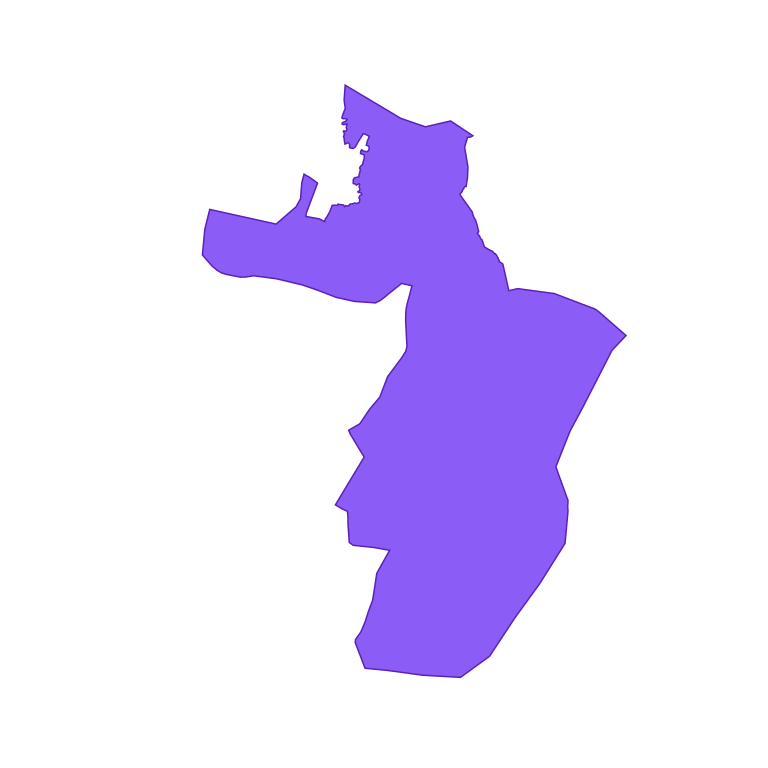 Jega, Kebbi, Nigeria (orthographic projection), rotated 24°
{"feature_id": "59680162B13498430232382", "entity_name": "Jega", "entity_type": "district", "adm_level": 2, "iso_a3": "NGA", "parent_name": "Nigeria", "parent_adm1": "Kebbi", "projection": "orthographic", "projection_center": [4.336, 12.103], "detail": "fine", "context": "isolated", "style": "filled", "palette": "violet", "viewbox_px": 768, "rotation_deg": 24, "n_neighbors": 0, "source": "geoboundaries", "source_scale": "gbopen_adm2", "svg_char_len": 3818}
<svg xmlns="http://www.w3.org/2000/svg" viewBox="0 0 768 768"><g transform="rotate(24 384 384)"><path d="M614.2,455.9L603.9,425.6L601.5,420.9L600.5,418.1L599.5,415.6L574.7,389.8L573.1,351.5L575.0,326.2L578.6,260.5L585.4,241.3L550.4,230.5L546.5,229.7L546.4,229.7L502.8,232.1L467.3,242.5L460.1,248.0L443.8,226.1L443.0,225.9L442.0,225.7L440.4,225.5L439.7,225.5L439.2,224.6L437.4,223.1L437.0,222.4L436.1,222.1L435.5,221.4L434.6,220.7L433.5,220.1L432.7,220.1L432.5,219.7L431.5,219.9L429.4,218.7L424.9,218.5L420.0,218.0L419.0,216.9L414.8,212.3L414.3,212.2L414.1,212.2L413.8,212.1L413.6,212.0L413.3,211.9L413.0,211.7L412.7,211.5L412.5,211.4L412.3,211.1L412.0,210.7L411.7,210.5L411.2,210.1L409.0,208.8L407.9,208.2L408.5,206.6L408.6,206.4L408.0,205.4L407.5,205.0L404.2,200.7L400.8,196.9L398.3,195.1L396.8,193.7L394.6,190.9L377.0,180.5L376.5,180.1L376.1,179.4L376.5,178.3L377.0,177.7L376.9,176.7L377.1,176.0L376.9,175.3L376.9,174.4L377.3,173.3L377.4,172.8L377.2,172.1L377.4,171.3L377.7,170.8L378.2,170.4L378.7,170.1L378.5,169.5L376.4,161.7L372.4,151.6L361.3,134.8L360.0,124.6L360.5,124.2L361.2,123.9L361.9,123.7L362.5,123.2L363.1,122.7L363.5,122.2L364.2,121.1L337.9,116.6L317.2,132.2L291.3,134.5L227.0,126.8L232.1,140.9L236.5,148.0L236.8,155.0L237.1,156.6L237.2,158.0L238.1,158.4L239.2,158.1L240.5,157.5L241.7,157.1L242.8,157.5L242.4,158.8L241.6,160.2L240.2,161.5L239.7,162.5L240.0,163.6L241.2,163.6L242.7,162.9L243.6,162.1L244.6,161.6L245.1,165.0L246.5,166.5L246.7,168.2L245.7,168.9L244.3,169.0L244.2,169.9L245.3,170.5L246.2,172.1L246.5,174.7L247.6,175.5L248.3,177.1L249.7,179.1L250.7,180.7L251.7,179.9L252.3,178.7L253.9,178.2L255.2,179.2L256.3,181.9L257.2,182.1L258.8,181.7L260.2,181.2L261.2,179.5L261.6,177.6L261.9,173.3L263.3,163.6L265.4,163.5L269.7,163.7L269.9,165.8L270.0,169.1L270.7,173.1L272.9,172.9L273.7,173.4L274.8,175.0L274.8,176.3L274.7,177.7L273.9,178.7L271.5,179.4L269.8,179.5L268.4,179.1L268.1,180.0L268.1,180.9L268.4,182.1L268.9,183.1L269.9,182.9L271.9,182.6L273.1,183.2L273.5,184.3L274.2,186.1L274.4,187.8L274.7,190.2L275.2,192.1L274.4,193.7L273.9,195.3L273.9,196.7L275.1,197.5L275.4,198.8L275.8,200.6L276.1,202.7L276.7,204.8L275.9,205.7L274.6,206.5L273.2,207.7L272.9,209.0L272.9,210.4L273.7,211.7L274.0,213.0L274.9,213.4L275.8,213.0L276.9,213.2L278.0,213.5L278.7,212.5L279.4,211.4L280.1,211.0L280.6,211.5L280.8,213.1L281.3,214.4L282.4,215.3L283.1,216.9L282.8,218.0L282.1,218.4L281.9,219.1L282.8,219.4L283.6,219.1L284.7,218.8L285.9,219.0L286.6,220.1L285.8,221.1L285.2,222.3L285.3,223.7L285.8,224.6L286.8,225.1L287.6,228.2L285.8,230.1L283.4,230.6L282.0,232.3L279.8,233.4L279.4,234.8L278.8,236.2L276.6,236.6L276.0,237.9L274.1,236.9L271.9,237.7L268.8,238.4L268.7,239.8L266.1,240.7L264.0,241.9L264.1,243.3L264.3,246.0L264.4,248.8L264.0,252.7L263.8,255.0L263.2,257.3L263.7,259.8L258.1,259.4L244.4,262.7L243.5,259.4L241.6,227.5L232.3,225.5L226.7,225.0L225.6,224.8L227.1,233.8L232.4,248.7L231.6,257.9L220.4,281.8L153.8,295.4L157.4,315.6L165.6,339.9L172.2,343.1L179.5,346.4L185.4,348.0L190.3,348.6L195.3,348.0L209.0,344.9L213.8,342.7L221.0,338.1L243.0,331.6L269.2,326.7L285.2,325.3L305.1,324.3L323.3,320.6L343.4,313.3L344.4,311.7L345.9,310.3L347.6,307.5L349.3,304.4L351.6,299.6L359.2,284.9L369.8,282.9L369.9,285.0L370.4,287.9L371.3,293.1L371.8,296.4L372.3,300.1L373.6,306.1L374.6,309.1L377.7,316.7L389.7,340.4L390.6,345.3L389.5,352.8L384.3,375.8L385.5,397.7L381.1,412.8L378.1,430.2L370.5,440.6L373.6,443.5L390.9,455.6L395.6,458.7L390.1,503.1L388.8,514.2L396.5,515.1L402.3,515.2L404.9,519.6L407.9,526.2L416.7,542.9L421.5,543.9L441.1,537.5L456.8,533.6L454.4,559.8L460.5,582.1L461.6,586.4L462.3,598.3L463.5,608.8L463.7,620.0L461.9,628.8L462.7,631.7L482.1,651.2L482.3,651.4L503.2,644.4L537.5,634.4L573.2,620.9L591.2,589.7L598.7,544.3L607.4,503.4L614.2,455.9Z" fill="#8b5cf6" stroke="#5b21b6" stroke-width="1.5"/></g></svg>